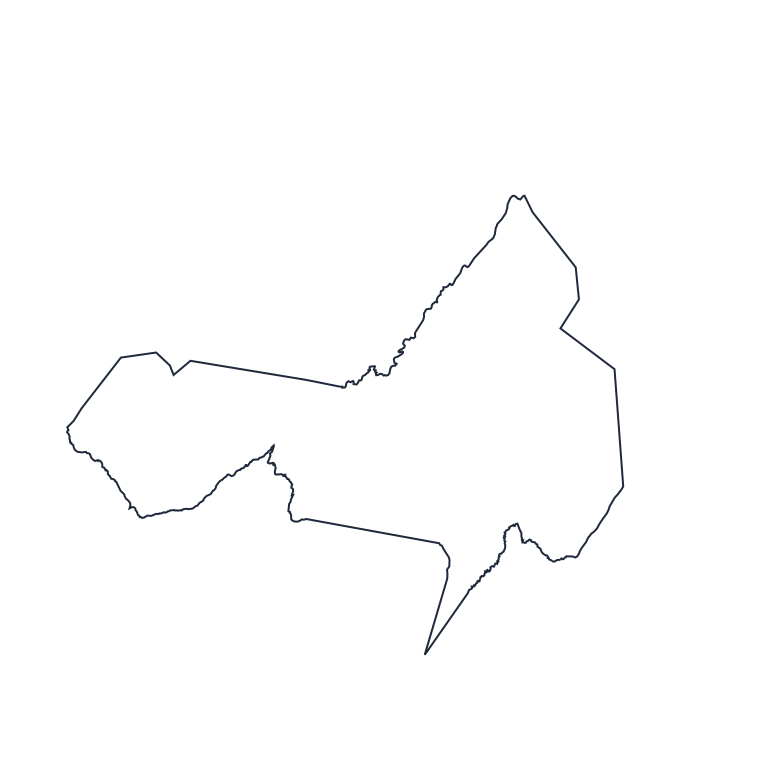 Santa Catalina, Jujuy, Argentina (Equal Earth projection), rotated 28°
{"feature_id": "61730980B27320368944921", "entity_name": "Santa Catalina", "entity_type": "district", "adm_level": 2, "iso_a3": "ARG", "parent_name": "Argentina", "parent_adm1": "Jujuy", "projection": "equal_earth", "projection_center": [-66.281, -22.101], "detail": "fine", "context": "isolated", "style": "outline", "palette": "slate", "viewbox_px": 768, "rotation_deg": 28, "n_neighbors": 0, "source": "geoboundaries", "source_scale": "gbopen_adm2", "svg_char_len": 6165}
<svg xmlns="http://www.w3.org/2000/svg" viewBox="0 0 768 768"><g transform="rotate(28 384 384)"><path d="M643.3,362.1L580.6,262.7L513.7,252.1L516.4,217.8L498.5,191.0L434.6,162.6L419.7,151.8L418.7,152.8L417.7,157.1L414.9,157.5L411.8,156.6L410.4,156.9L409.2,157.6L408.3,160.7L408.8,167.6L410.1,170.3L411.3,176.1L410.5,183.7L409.1,188.8L409.0,190.2L409.4,191.3L409.4,193.6L411.6,199.9L411.9,203.6L411.6,204.9L409.5,209.5L409.1,213.1L404.5,230.9L403.7,239.9L403.0,241.4L402.3,241.7L399.8,241.3L399.0,242.1L398.6,243.4L398.5,244.9L399.3,250.4L397.9,257.4L398.1,263.2L397.9,264.4L397.1,265.0L395.7,264.4L395.0,264.6L394.4,267.9L393.0,269.7L391.0,270.7L392.1,272.7L391.8,274.0L390.8,275.0L390.8,275.9L392.1,278.6L391.6,279.1L390.7,281.8L391.1,285.1L392.4,286.4L392.5,287.0L390.8,287.4L389.4,290.4L389.3,292.0L390.0,293.9L390.1,295.4L386.7,297.8L386.2,299.0L386.2,303.1L387.8,305.8L388.6,309.1L387.4,323.7L387.8,325.2L389.4,327.7L388.7,329.7L386.0,330.4L385.7,333.1L382.2,334.2L381.3,336.1L381.8,339.2L382.3,339.7L384.4,340.4L384.7,341.5L384.5,343.0L381.7,347.1L381.6,348.5L382.2,348.9L382.9,348.7L385.1,346.6L385.8,346.8L386.1,347.6L385.6,349.4L383.4,353.2L381.4,355.4L381.0,356.6L381.2,357.8L383.2,360.2L383.9,360.6L385.2,360.1L385.8,360.3L385.2,362.6L383.6,363.6L382.3,365.3L382.5,367.9L383.8,372.0L383.4,374.2L381.8,375.7L380.6,375.7L379.7,376.7L378.0,376.2L376.1,376.6L374.0,379.3L373.0,379.9L371.8,378.5L372.1,377.3L370.4,377.4L370.2,375.8L368.3,376.2L367.8,372.7L367.1,372.8L363.5,375.3L363.4,375.9L364.0,377.2L365.0,377.8L365.2,378.4L365.0,379.0L364.1,378.7L363.7,379.1L364.6,380.5L364.7,381.2L363.5,383.2L363.2,384.7L361.7,386.7L361.6,387.9L362.2,390.9L361.9,391.7L360.3,392.4L360.4,395.3L360.1,397.2L357.2,398.4L356.3,396.5L355.2,395.9L353.6,398.2L351.3,398.2L350.3,400.4L351.3,404.1L351.2,405.4L348.9,406.8L348.4,405.9L346.4,407.0L313.1,417.0L202.2,454.4L194.0,474.8L186.3,468.2L168.0,463.2L139.3,484.2L128.4,547.4L127.3,562.3L124.7,570.9L127.1,573.0L126.6,574.2L126.8,575.3L129.3,576.4L131.3,578.2L131.8,579.9L133.1,580.9L133.5,582.1L134.4,582.4L134.7,583.2L135.7,582.9L136.3,583.6L138.3,583.8L140.1,585.9L142.1,587.3L144.9,587.8L149.1,586.4L152.7,583.9L154.2,584.5L155.8,583.8L157.2,583.9L160.1,586.5L163.2,587.6L165.2,587.5L166.5,586.0L167.1,585.7L167.7,586.1L168.0,585.3L170.7,585.4L172.7,586.8L174.3,589.6L176.4,589.3L178.6,590.9L179.2,590.3L179.8,590.8L180.7,590.6L181.4,591.1L182.4,593.2L185.3,594.1L187.5,595.7L190.1,595.0L191.3,595.2L192.1,596.0L193.4,596.0L201.6,602.0L206.4,603.4L207.9,605.0L209.9,606.3L213.6,607.2L216.0,608.5L217.1,610.5L217.7,613.3L219.3,611.0L220.7,610.3L222.1,610.4L223.0,610.8L223.9,612.1L225.1,612.4L228.6,615.3L229.8,615.2L230.8,616.2L231.9,615.6L233.2,615.8L234.9,614.5L236.8,611.3L240.5,609.7L243.8,605.6L246.0,604.6L246.7,603.5L248.0,603.0L249.8,600.6L251.0,600.4L252.4,599.1L252.9,597.9L254.0,597.2L254.5,596.0L258.4,593.6L259.2,593.7L261.0,592.5L261.8,592.5L264.0,590.6L264.8,590.6L265.4,589.0L266.4,588.1L268.6,586.7L270.0,586.5L270.8,585.6L272.8,584.5L273.7,583.4L275.1,580.3L276.4,578.9L276.9,575.6L278.8,572.6L279.1,571.3L278.9,569.2L279.9,566.2L282.7,562.5L283.0,558.5L283.7,557.8L284.2,555.5L284.0,553.8L283.6,552.8L284.3,547.9L285.4,545.4L286.3,544.2L286.8,542.2L288.1,539.8L288.4,537.6L289.1,536.9L292.7,536.8L293.9,535.7L294.4,534.3L294.7,530.3L296.7,527.6L297.5,527.3L297.6,525.9L299.6,523.8L300.0,520.4L300.4,520.2L301.2,521.0L302.1,520.3L302.6,515.5L303.3,515.2L303.9,512.4L308.4,509.6L308.8,507.6L310.1,506.6L310.9,505.1L311.7,504.7L312.5,500.5L313.3,499.7L313.6,497.3L314.9,495.4L314.9,494.3L314.5,493.1L315.5,490.0L315.9,490.6L317.0,496.3L315.9,498.8L317.4,500.6L318.2,507.8L318.8,508.2L320.9,507.6L323.1,505.6L323.5,505.6L323.8,506.9L324.3,507.4L324.6,507.0L324.5,506.1L325.1,506.2L327.8,509.1L328.9,513.1L330.2,514.7L331.2,514.6L336.0,511.7L337.2,511.9L338.2,511.2L338.5,512.1L339.6,510.8L339.9,512.0L341.1,511.9L343.3,513.3L344.1,512.8L344.9,512.9L346.4,514.2L348.0,514.5L350.3,516.1L350.2,517.7L350.8,518.3L350.9,519.1L353.0,519.5L354.1,521.3L354.9,526.0L355.3,526.0L355.9,525.2L356.1,529.8L356.8,531.7L356.6,534.6L359.3,541.2L360.9,541.1L361.2,542.0L362.0,542.0L363.6,543.5L365.7,547.1L366.8,547.5L369.3,547.5L372.2,546.2L373.8,544.4L375.1,542.1L377.0,541.4L378.7,539.7L507.5,498.7L509.0,499.7L510.8,499.6L511.8,500.0L513.7,501.6L522.8,506.7L524.6,508.8L527.3,514.5L526.8,518.3L529.1,521.8L531.2,526.1L547.1,604.0L556.2,529.3L555.8,526.1L557.6,523.3L556.7,521.8L557.2,521.8L557.6,520.8L558.4,520.7L558.0,519.3L559.1,518.9L558.9,516.7L559.6,515.8L559.1,514.1L559.5,513.7L560.3,514.0L560.9,513.4L559.9,509.1L560.4,508.9L560.4,507.6L562.1,507.0L562.4,505.3L561.9,504.8L561.8,503.3L561.1,502.0L561.7,501.7L562.4,502.6L562.8,502.4L562.8,501.5L562.2,500.7L562.5,499.7L563.6,499.9L564.2,500.6L565.0,500.0L565.2,499.5L564.8,498.8L565.2,497.6L564.0,495.9L565.0,494.0L566.8,493.7L566.6,490.3L567.2,489.6L568.3,489.7L568.1,488.8L568.3,487.5L567.5,487.7L567.1,487.2L567.7,485.3L566.6,483.3L567.0,481.9L566.1,481.5L565.9,480.9L566.0,479.6L567.2,478.8L567.6,477.1L568.3,475.9L568.0,472.3L566.9,469.6L565.3,468.0L565.1,466.1L563.7,465.8L563.1,463.7L561.9,463.6L561.7,462.4L562.4,462.3L562.6,461.8L561.3,461.0L561.7,460.2L561.6,459.5L560.3,458.5L560.8,458.0L560.5,456.7L560.7,456.0L562.6,453.4L562.5,452.6L561.8,451.9L563.2,449.4L564.0,448.8L564.4,447.7L565.5,448.2L566.2,448.0L565.9,446.1L567.4,444.7L572.4,449.1L575.1,450.9L577.2,454.5L578.4,455.6L578.9,457.0L579.3,457.3L580.0,456.7L580.2,458.4L580.6,458.9L581.4,458.2L582.8,458.2L583.7,457.7L583.8,456.0L584.8,455.0L585.4,453.1L586.9,452.8L587.7,453.7L589.0,453.8L591.8,453.0L593.0,453.8L594.7,453.7L595.8,455.5L599.6,456.1L601.8,458.2L604.5,459.2L607.4,459.4L608.2,458.9L609.9,459.5L610.2,460.7L611.1,460.3L612.1,461.4L614.1,461.1L616.3,461.4L617.9,460.8L619.4,458.2L621.7,456.8L622.8,454.6L623.9,454.9L624.7,454.3L625.3,451.9L626.0,451.4L625.9,450.7L626.2,450.3L631.9,447.6L634.3,447.4L635.5,445.7L635.8,442.1L635.4,439.9L635.5,436.1L636.6,429.0L636.4,424.2L637.4,418.7L638.9,415.5L639.9,411.5L639.9,406.8L640.5,400.3L641.5,393.6L641.3,389.3L640.7,386.4L641.1,376.0L642.2,371.9L643.2,365.4L643.3,362.1Z" fill="none" stroke="#1e293b" stroke-width="2"/></g></svg>